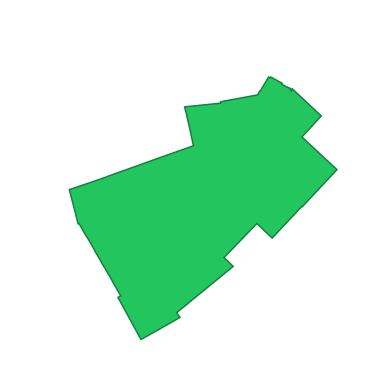 outline of Grivita, Ialomita, Romania, rotated 312°
{"feature_id": "2599482B1434149034356", "entity_name": "Grivita", "entity_type": "district", "adm_level": 2, "iso_a3": "ROU", "parent_name": "Romania", "parent_adm1": "Ialomita", "projection": "equal_earth", "projection_center": [27.323, 44.721], "detail": "fine", "context": "isolated", "style": "filled", "palette": "green", "viewbox_px": 384, "rotation_deg": 312, "n_neighbors": 0, "source": "geoboundaries", "source_scale": "gbopen_adm2", "svg_char_len": 1895}
<svg xmlns="http://www.w3.org/2000/svg" viewBox="0 0 384 384"><g transform="rotate(312 192 192)"><path d="M254.8,283.8L305.6,284.8L306.0,262.3L306.4,236.9L335.0,237.2L335.8,197.3L335.6,197.3L333.7,198.2L333.6,197.5L333.5,197.3L333.5,197.0L334.0,196.6L334.2,196.3L334.5,196.1L334.6,195.8L334.5,194.9L334.3,194.2L334.0,193.6L333.7,192.8L333.0,190.1L332.7,189.0L332.2,186.2L332.9,186.0L333.1,186.0L332.9,184.7L332.8,184.4L332.6,184.2L332.4,183.6L332.3,182.9L331.3,178.7L331.2,178.1L330.1,173.5L329.2,173.6L328.7,172.0L320.4,173.6L313.8,174.9L312.2,175.2L312.1,174.8L308.3,175.8L308.2,175.8L307.8,175.6L304.2,172.8L296.1,166.6L286.1,158.9L280.1,154.3L278.1,152.9L277.1,153.8L274.9,151.8L269.5,146.9L263.9,141.8L259.4,137.8L255.6,134.3L251.1,130.2L250.2,129.6L245.7,136.5L245.5,136.8L245.3,136.9L244.9,137.5L244.4,138.2L244.0,138.7L242.2,141.3L239.1,145.7L238.9,146.1L238.7,146.3L238.5,146.6L237.8,147.6L235.1,151.4L234.3,152.5L227.3,162.1L216.6,156.3L195.3,144.7L187.1,140.3L186.7,140.1L171.8,132.1L158.6,125.0L146.9,118.7L145.8,118.3L143.2,116.8L140.9,115.6L112.9,99.9L111.7,99.2L111.5,99.5L107.3,105.9L105.1,109.2L99.1,118.3L98.9,118.6L94.4,125.2L92.8,127.6L92.1,128.7L92.9,129.3L92.8,129.7L92.4,130.8L91.7,133.0L90.7,135.9L90.3,137.0L88.9,141.6L88.1,143.9L88.3,144.0L88.1,144.6L87.2,147.5L86.1,150.9L85.7,152.2L82.2,162.1L81.8,163.6L80.3,168.3L78.4,173.7L77.1,178.3L75.9,181.7L75.3,183.8L74.9,185.0L74.1,187.6L73.6,189.2L72.8,191.5L71.8,194.2L71.4,195.3L71.1,196.4L70.7,197.8L70.0,199.7L69.5,201.1L68.5,204.1L67.9,206.3L67.1,208.5L64.1,207.5L48.2,252.8L90.3,266.9L90.7,267.0L91.2,264.8L91.5,263.6L91.8,262.1L92.0,261.9L92.4,261.8L92.5,261.7L92.5,261.4L107.2,263.7L107.9,263.8L112.9,264.5L128.2,266.9L164.3,272.4L164.6,263.7L164.7,259.7L212.0,261.3L211.9,263.9L211.9,264.8L211.8,266.2L211.8,267.6L211.4,282.4L254.8,283.3L254.8,283.8Z" fill="#22c55e" stroke="#15803d" stroke-width="1.5"/></g></svg>